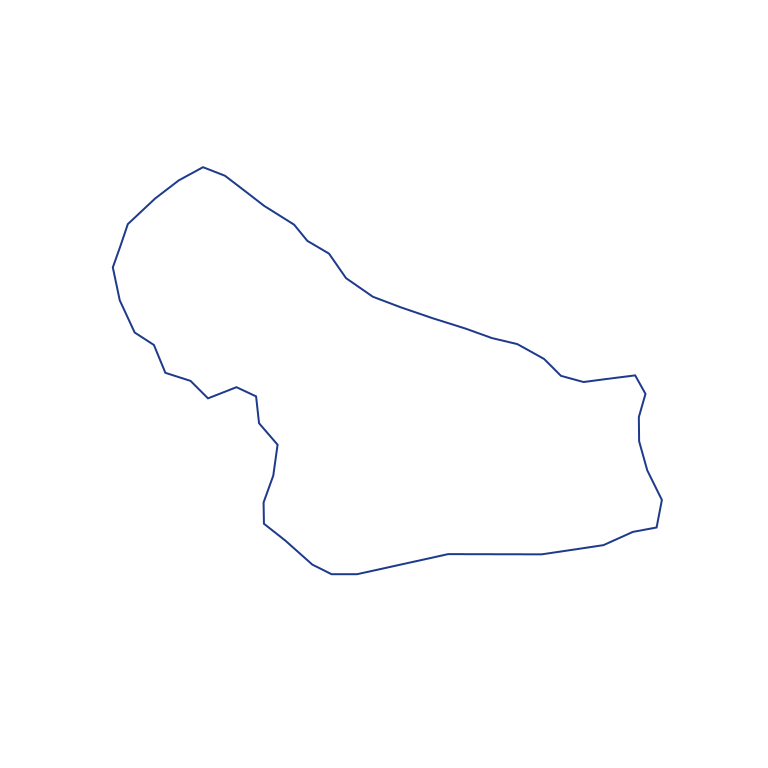 outline of Toritama, Pernambuco, Brazil, rotated 225°
{"feature_id": "56859067B57847263515517", "entity_name": "Toritama", "entity_type": "district", "adm_level": 2, "iso_a3": "BRA", "parent_name": "Brazil", "parent_adm1": "Pernambuco", "projection": "equal_earth", "projection_center": [-36.051, -8.001], "detail": "fine", "context": "isolated", "style": "outline", "palette": "blue", "viewbox_px": 768, "rotation_deg": 225, "n_neighbors": 0, "source": "geoboundaries", "source_scale": "gbopen_adm2", "svg_char_len": 789}
<svg xmlns="http://www.w3.org/2000/svg" viewBox="0 0 768 768"><g transform="rotate(225 384 384)"><path d="M658.2,274.7L630.0,256.3L596.7,244.1L574.3,248.9L546.5,237.3L523.0,249.4L498.3,249.4L486.1,277.4L465.7,284.8L444.6,267.9L416.3,265.8L397.5,240.9L385.4,215.1L370.1,200.3L343.0,203.5L307.0,205.6L286.6,212.4L268.6,230.4L218.4,309.0L152.1,375.0L114.9,425.2L103.5,455.3L89.8,475.3L105.5,498.5L136.8,509.1L163.1,523.9L180.4,540.8L192.1,561.9L212.5,567.7L230.5,544.5L244.3,526.5L264.6,514.9L288.5,514.9L317.9,506.5L340.3,492.7L365.0,481.1L396.3,464.8L426.5,450.0L453.6,437.8L485.7,432.0L515.1,437.3L539.4,431.0L560.2,433.1L594.7,425.2L615.9,422.5L643.7,418.8L665.3,409.3L673.1,382.9L677.0,353.4L678.2,315.9L668.0,295.3L658.2,274.7Z" fill="none" stroke="#1e3a8a" stroke-width="2"/></g></svg>